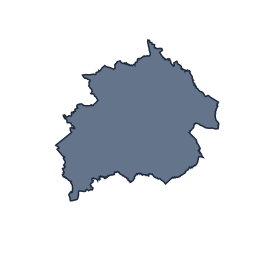 the district of Mueang Ratchaburi, Ratchaburi, Thailand, rotated 325°
{"feature_id": "78962969B80351946153843", "entity_name": "Mueang Ratchaburi", "entity_type": "district", "adm_level": 2, "iso_a3": "THA", "parent_name": "Thailand", "parent_adm1": "Ratchaburi", "projection": "equal_earth", "projection_center": [99.739, 13.545], "detail": "fine", "context": "isolated", "style": "filled", "palette": "slate", "viewbox_px": 256, "rotation_deg": 325, "n_neighbors": 0, "source": "geoboundaries", "source_scale": "gbopen_adm2", "svg_char_len": 5821}
<svg xmlns="http://www.w3.org/2000/svg" viewBox="0 0 256 256"><g transform="rotate(325 128 128)"><path d="M216.9,158.7L213.2,150.3L212.5,147.5L211.9,147.1L210.2,147.0L209.4,146.4L209.6,141.9L209.0,140.5L208.1,139.6L207.6,137.5L207.6,135.6L206.9,134.5L207.5,133.5L206.8,132.7L207.8,131.8L207.5,131.1L206.7,130.6L208.1,129.7L207.6,128.7L207.5,127.6L208.0,126.7L208.9,126.7L209.0,124.3L209.8,123.4L210.2,121.5L210.0,119.9L210.3,119.4L210.1,118.9L210.6,117.8L211.1,117.7L211.2,116.5L210.2,115.5L209.9,114.5L209.5,114.5L208.9,115.1L208.4,114.6L208.1,113.7L207.3,114.2L207.6,113.4L207.4,112.4L206.8,111.8L206.8,111.1L206.2,111.4L206.1,110.4L205.5,110.1L205.9,109.3L206.5,108.9L207.0,108.0L206.5,106.8L206.6,106.1L205.6,104.6L206.2,101.3L202.9,101.0L201.5,103.5L200.5,103.3L200.6,102.3L200.3,99.3L200.5,99.3L201.1,98.1L201.4,96.1L201.7,95.6L201.4,94.8L200.0,95.4L200.1,94.2L198.3,93.7L198.0,92.6L197.5,92.8L197.6,91.0L197.2,90.9L197.3,89.7L197.1,89.6L197.3,84.2L200.8,84.1L201.2,82.2L199.6,80.9L197.1,79.6L196.4,78.5L196.7,78.2L195.7,77.3L197.6,74.9L195.8,73.2L196.5,71.7L195.0,70.4L195.9,68.6L194.7,67.3L193.7,68.4L191.2,74.0L191.1,74.9L190.0,76.6L189.0,79.7L187.8,81.1L186.5,81.2L185.1,79.8L182.7,79.0L182.5,78.2L177.2,78.2L177.0,77.4L175.7,77.0L174.5,77.7L173.9,79.0L172.4,78.9L171.7,78.5L171.4,79.1L170.3,79.5L169.7,80.3L169.7,79.4L167.1,79.3L167.0,78.5L165.6,78.2L165.7,77.0L164.4,76.6L164.6,75.5L163.9,75.3L164.1,73.8L163.7,73.6L163.5,74.2L162.5,74.1L162.7,73.3L162.3,73.1L162.3,72.6L161.1,72.4L160.1,70.9L159.8,70.0L160.3,68.9L160.1,68.6L157.4,67.6L155.5,68.3L154.6,68.2L154.1,68.6L153.3,68.7L152.5,70.6L152.0,70.9L151.6,71.6L149.9,71.7L148.3,68.8L145.2,65.1L144.8,63.5L140.8,64.0L138.2,65.1L137.5,64.9L137.1,64.1L136.1,65.0L133.8,64.3L132.7,65.4L132.1,65.5L130.7,64.2L126.2,61.9L124.6,60.4L121.1,58.5L120.9,59.0L121.0,62.3L121.7,62.6L121.8,63.1L122.7,63.5L122.8,64.8L124.2,66.5L123.9,67.7L122.4,68.0L121.0,70.4L120.1,70.9L120.0,74.2L120.4,75.4L119.7,77.4L117.3,78.4L117.4,79.0L119.0,79.9L119.4,80.5L119.3,81.7L118.9,82.7L119.5,84.0L119.3,88.0L116.2,88.9L114.7,88.9L112.4,89.6L111.3,88.1L111.1,88.7L110.4,88.1L108.9,87.6L107.5,86.4L106.7,86.1L104.7,84.2L103.7,81.5L101.2,80.3L101.0,80.5L99.8,80.0L98.7,80.6L98.0,81.9L98.5,82.0L98.2,82.9L95.2,82.2L94.4,84.1L92.9,83.4L91.9,84.5L91.3,82.9L90.6,82.9L89.6,84.1L89.4,85.1L88.4,85.6L86.6,84.1L84.7,84.1L82.9,83.4L82.9,83.1L83.8,82.6L83.9,81.9L83.4,80.7L82.3,80.5L81.9,81.1L81.6,84.1L82.2,84.5L82.4,86.4L82.2,87.1L81.4,88.2L81.3,88.8L83.9,90.8L83.6,93.7L84.3,94.9L84.4,96.8L84.1,97.8L83.4,97.7L83.5,96.9L82.6,96.4L82.4,95.1L81.3,95.3L80.6,94.9L79.3,97.1L79.3,99.3L58.9,100.7L59.0,101.4L59.5,101.5L60.1,104.7L57.7,104.7L58.5,113.3L58.8,115.0L59.4,115.4L59.1,115.8L58.1,115.4L57.7,115.7L57.4,117.5L57.5,118.7L56.6,120.6L54.0,121.5L54.4,123.1L53.8,123.1L53.7,124.1L52.7,124.2L51.1,123.6L50.1,128.0L49.1,127.6L48.7,128.7L47.4,128.7L47.1,130.6L47.3,131.2L47.7,131.3L47.7,131.6L48.1,131.5L48.2,132.8L48.5,132.8L48.4,133.6L49.4,135.4L49.3,136.2L50.2,138.4L50.1,138.6L50.8,139.2L49.7,140.0L49.7,142.6L48.0,145.8L46.6,147.2L46.5,147.8L45.4,147.8L45.2,148.7L44.8,148.7L44.2,147.5L41.3,148.6L40.4,151.9L39.3,153.8L39.1,154.6L41.0,155.7L45.0,157.2L46.0,157.1L49.0,154.6L50.8,151.9L51.6,151.5L52.7,152.1L55.9,155.1L57.4,155.4L58.2,154.6L59.0,154.6L59.4,155.2L59.8,156.8L61.9,157.0L63.2,158.2L64.1,157.8L64.9,156.8L64.4,156.6L64.6,155.9L64.1,155.3L64.3,154.3L64.6,154.2L64.4,153.6L64.5,153.0L65.9,152.1L66.6,152.3L67.4,151.9L67.9,152.2L68.7,151.8L69.3,151.2L68.8,151.0L68.8,149.3L69.8,148.8L70.4,149.2L71.1,149.2L71.2,150.3L72.4,150.9L73.1,152.5L73.0,153.4L73.3,153.0L73.8,152.9L74.1,153.3L74.5,153.0L75.0,153.3L75.1,154.1L75.6,154.1L76.6,151.3L77.2,151.7L77.6,152.4L78.0,151.9L78.4,152.8L79.2,153.0L79.1,153.6L79.9,153.8L79.9,154.7L80.3,154.7L79.9,155.8L80.1,156.2L81.5,155.6L81.6,156.2L82.2,155.7L83.0,156.4L84.3,155.5L84.6,156.3L86.4,156.4L88.6,157.7L89.5,157.8L90.1,158.2L90.6,157.3L92.1,156.5L92.8,157.7L94.5,157.6L94.7,158.8L95.3,159.4L95.0,160.3L95.4,161.7L95.9,162.4L96.3,164.2L96.9,164.4L97.3,166.4L98.2,167.5L98.1,169.0L98.9,169.5L98.1,170.8L98.2,171.5L98.8,172.0L98.6,173.8L99.1,174.1L100.0,173.6L101.7,174.0L104.6,172.8L105.5,171.4L106.8,171.5L107.5,170.9L108.3,171.0L108.9,170.4L109.2,170.7L109.1,171.2L109.5,171.0L110.1,171.5L111.0,171.4L111.2,172.4L111.8,172.0L112.3,173.1L113.0,173.6L112.6,174.0L112.6,174.8L113.8,174.9L115.2,176.1L115.5,177.2L116.1,176.9L116.9,177.8L117.2,179.0L117.6,179.1L117.7,178.3L118.4,178.2L118.8,177.7L119.9,178.3L120.8,179.6L121.3,179.6L121.4,183.3L122.0,184.0L122.4,185.1L123.3,185.7L123.3,186.6L123.7,187.2L124.7,187.6L125.3,188.2L125.3,189.3L126.5,192.4L126.6,195.3L136.1,194.0L136.2,194.9L138.2,194.8L138.0,195.9L139.9,196.1L140.0,196.7L142.7,197.5L142.8,197.1L143.4,197.0L143.5,197.2L145.9,197.4L149.4,197.5L149.8,196.8L151.8,196.4L153.2,196.7L155.9,195.4L156.2,196.9L157.7,196.3L157.9,197.3L160.1,196.7L160.2,197.0L161.7,197.0L161.8,197.4L164.9,196.3L169.4,192.2L170.5,192.7L172.6,195.1L172.5,193.7L173.1,191.1L173.0,190.3L172.7,190.1L173.1,189.9L173.2,189.5L173.1,188.7L172.7,188.5L173.0,187.7L172.7,187.2L173.2,187.3L173.1,186.9L174.1,186.3L174.2,186.8L174.6,186.6L174.9,186.5L174.9,186.0L175.5,185.9L176.0,181.5L175.8,179.3L176.3,179.2L177.1,176.9L175.4,166.8L176.5,166.8L176.4,166.5L177.2,165.9L177.9,166.1L182.0,165.2L184.8,162.6L185.7,163.3L186.5,162.9L188.3,165.3L188.8,167.0L189.8,168.4L191.9,172.6L195.2,175.4L196.7,176.1L199.2,179.0L201.3,180.2L202.4,179.4L202.6,178.5L203.1,178.2L203.2,177.7L203.5,177.8L203.7,177.2L204.3,177.1L204.8,176.5L205.0,175.1L204.6,172.0L205.8,169.0L206.7,167.8L206.9,166.9L208.2,166.3L208.8,164.6L209.8,164.4L210.5,163.9L210.5,163.5L213.2,162.0L213.4,161.4L213.8,161.6L213.9,160.7L214.4,160.6L214.3,160.1L214.6,159.6L214.8,159.8L216.9,158.7Z" fill="#64748b" stroke="#1e293b" stroke-width="1.5"/></g></svg>